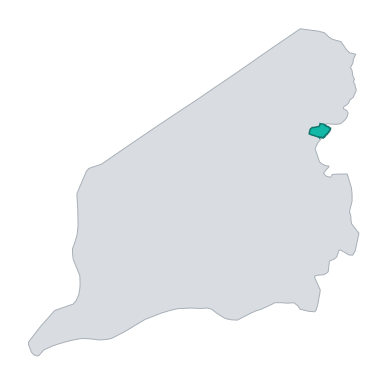 location of Yabroud, Rif Dimashq, Syria, rotated 179°
{"feature_id": "27442178B56496530106269", "entity_name": "Yabroud", "entity_type": "district", "adm_level": 2, "iso_a3": "SYR", "parent_name": "Syria", "parent_adm1": "Rif Dimashq", "projection": "orthographic", "projection_center": [36.379, 33.94], "detail": "fine", "context": "in_parent", "style": "filled", "palette": "teal", "viewbox_px": 384, "rotation_deg": 179, "n_neighbors": 0, "source": "geoboundaries", "source_scale": "gbopen_adm2", "svg_char_len": 3486}
<svg xmlns="http://www.w3.org/2000/svg" viewBox="0 0 384 384"><g transform="rotate(179 192 192)"><path d="M32.5,126.0L36.4,126.4L44.5,131.4L45.9,131.3L48.4,124.7L50.8,122.5L55.8,120.6L57.2,110.0L59.6,108.0L62.4,106.9L66.8,106.7L70.5,106.0L70.8,104.2L65.5,91.9L65.9,88.8L68.4,76.5L70.0,71.7L71.5,70.1L77.5,70.7L85.9,72.9L88.1,76.4L92.2,79.5L98.4,79.2L105.5,79.8L111.0,79.9L115.4,77.7L125.3,73.4L130.2,72.0L134.7,70.1L149.0,63.1L154.7,63.5L158.7,64.3L161.7,65.3L168.6,69.8L174.3,74.4L178.3,75.7L185.4,75.4L195.6,76.0L208.2,75.6L215.5,74.1L224.7,71.5L241.2,65.4L262.6,53.1L275.2,46.9L280.7,46.0L287.9,45.7L295.1,46.8L303.4,47.5L307.1,47.2L315.9,45.6L327.2,42.7L334.3,40.4L342.8,36.8L347.8,31.3L349.5,30.7L351.8,31.5L352.9,31.8L355.3,34.6L358.1,42.1L358.2,42.9L357.9,45.1L352.6,51.7L345.4,60.7L340.2,66.3L331.3,75.9L324.5,78.2L312.8,82.0L309.8,85.4L307.2,90.6L305.8,97.7L305.5,102.1L305.6,110.3L308.8,118.6L311.9,126.6L312.5,132.0L312.5,137.3L310.2,143.1L307.7,151.0L306.5,159.9L306.5,176.4L307.1,190.4L307.0,192.7L302.5,202.8L297.2,214.6L294.7,217.4L282.0,221.4L268.4,230.5L253.2,240.5L239.3,249.6L224.6,259.2L209.3,269.0L198.4,276.0L183.7,285.3L170.3,294.2L156.6,303.1L146.2,309.9L130.4,320.5L121.1,326.8L107.4,335.9L95.2,343.9L80.9,353.3L62.8,350.6L57.0,349.0L52.4,344.5L48.9,342.2L40.4,339.7L34.9,331.3L31.7,328.3L26.0,326.9L28.4,321.6L28.9,318.0L31.4,313.7L29.9,310.9L29.1,304.9L28.1,303.4L27.7,301.8L28.5,299.9L28.2,297.9L27.3,297.0L26.8,294.0L26.0,291.8L26.5,289.1L27.7,287.3L29.0,284.0L30.5,282.9L32.9,280.8L33.6,278.6L35.7,276.5L38.6,274.7L39.3,273.3L38.9,272.5L36.0,270.9L34.5,268.1L35.8,264.0L36.8,262.7L38.5,260.7L42.4,257.7L45.4,257.2L48.0,257.2L52.4,257.5L55.8,258.0L56.7,257.3L56.6,256.3L52.3,253.8L52.1,251.8L53.2,249.7L56.1,246.4L59.7,244.0L61.5,243.5L65.6,238.6L68.2,233.1L63.9,219.8L61.4,217.7L57.3,215.8L54.8,215.6L54.7,214.7L57.9,211.3L60.2,208.4L57.7,205.6L53.1,204.2L51.4,207.1L45.6,207.4L36.5,207.3L32.5,193.2L32.0,187.1L32.1,180.1L34.9,169.8L33.6,165.0L33.6,161.8L32.9,157.3L25.8,147.8L29.8,130.3L32.5,126.0Z" fill="#d9dde1" stroke="#a8b0b8" stroke-width="1"/><path d="M72.7,252.7L73.7,249.0L73.8,248.1L73.5,248.0L72.3,247.4L72.0,247.2L69.0,246.3L64.8,244.8L63.8,244.1L63.7,244.1L63.7,244.6L63.5,245.4L63.2,244.0L62.9,244.4L62.8,244.6L62.7,244.7L61.8,244.3L61.4,244.4L60.9,244.1L60.6,243.9L60.3,243.9L59.9,243.7L59.7,244.1L59.4,244.4L59.4,244.5L59.2,244.4L58.6,244.5L58.8,245.3L58.7,245.4L58.2,245.3L57.8,245.9L57.7,246.2L57.7,246.3L57.7,246.5L57.4,246.7L57.2,246.8L56.9,247.0L56.8,247.3L56.7,247.4L56.6,247.5L56.4,247.4L56.2,247.4L56.1,247.5L55.9,247.7L55.9,247.8L55.8,248.0L55.6,248.2L55.6,248.3L55.4,248.4L55.4,248.5L54.9,248.9L54.8,249.0L54.7,249.1L54.6,249.3L54.5,249.5L54.4,249.8L54.3,250.0L54.2,250.1L53.9,250.3L53.7,250.4L53.7,250.5L53.2,251.3L53.1,251.6L53.0,251.8L52.8,252.0L52.6,252.3L52.6,252.5L52.5,252.8L52.4,253.0L52.4,253.3L52.5,253.3L52.8,253.4L53.0,253.4L53.4,253.6L53.6,253.7L53.8,253.8L54.0,253.9L54.1,254.0L54.2,254.3L54.2,254.5L54.3,254.7L54.3,254.8L54.6,255.0L54.8,255.0L55.1,255.1L55.3,255.1L55.6,255.1L56.2,255.1L56.3,255.1L56.5,255.1L56.8,255.3L56.9,255.6L56.9,255.8L57.0,255.9L57.1,256.0L57.4,256.1L57.6,256.2L57.6,256.3L57.8,256.3L57.9,256.5L58.0,256.6L58.0,256.8L58.0,257.0L59.8,257.7L61.6,257.8L62.7,258.2L63.0,256.9L63.4,256.0L63.6,255.6L63.7,255.4L64.0,255.4L64.8,255.2L65.6,255.0L65.8,255.0L66.1,254.9L66.5,254.8L68.1,254.6L69.4,254.3L70.7,254.4L72.0,253.3L72.7,252.7Z" fill="#14b8a6" stroke="#0f766e" stroke-width="1.5"/></g></svg>